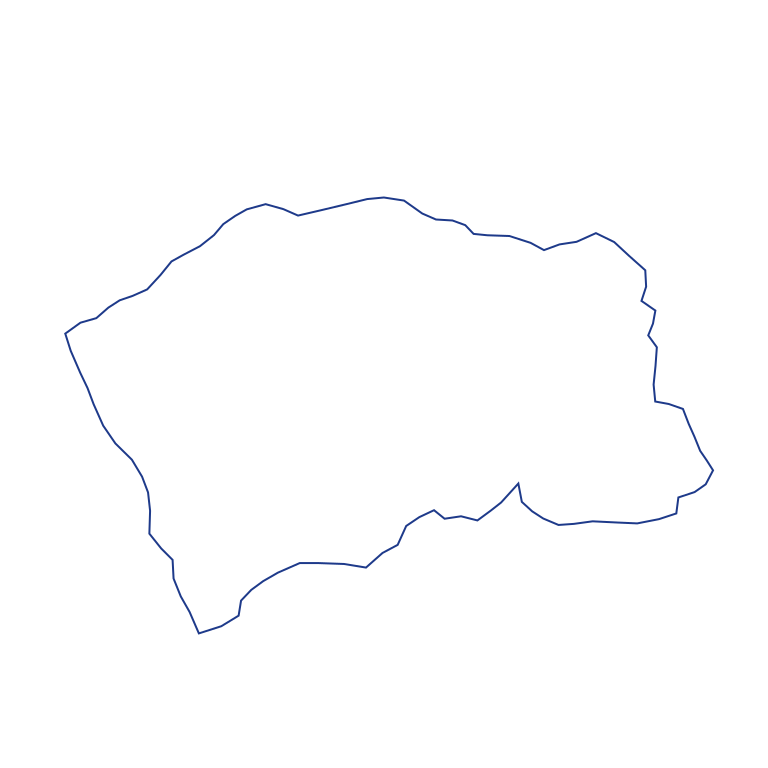 Igarapé, Minas Gerais, Brazil, rotated 74°
{"feature_id": "56859067B24887316666263", "entity_name": "Igarapé", "entity_type": "district", "adm_level": 2, "iso_a3": "BRA", "parent_name": "Brazil", "parent_adm1": "Minas Gerais", "projection": "robinson", "projection_center": [-44.318, -20.058], "detail": "fine", "context": "isolated", "style": "outline", "palette": "blue", "viewbox_px": 768, "rotation_deg": 74, "n_neighbors": 0, "source": "geoboundaries", "source_scale": "gbopen_adm2", "svg_char_len": 1434}
<svg xmlns="http://www.w3.org/2000/svg" viewBox="0 0 768 768"><g transform="rotate(74 384 384)"><path d="M572.7,630.7L572.0,607.2L566.6,587.6L552.8,581.1L545.3,568.3L540.2,554.5L536.1,538.0L532.9,514.3L537.8,497.2L546.0,472.0L555.5,451.9L546.0,432.0L542.4,415.2L526.6,401.8L521.7,386.7L519.1,370.7L530.2,362.9L532.4,346.4L540.9,331.8L535.3,316.7L530.2,304.1L516.7,282.3L535.3,284.0L547.2,276.7L557.2,268.0L567.6,255.1L570.8,240.0L573.5,221.3L581.5,197.8L587.8,179.0L589.7,156.9L589.0,138.7L574.2,132.3L573.5,115.2L569.1,102.4L557.7,91.5L546.5,94.8L535.4,98.5L520.3,100.1L506.2,102.1L490.4,103.5L481.7,115.8L475.6,128.1L458.9,125.0L441.4,118.0L423.9,111.6L410.1,116.6L400.1,108.8L388.2,102.9L375.1,113.6L362.7,105.2L346.7,101.5L328.5,113.0L311.0,123.6L297.4,138.7L300.4,159.7L298.2,176.8L299.4,193.3L288.7,204.2L276.3,222.7L269.5,243.7L264.4,256.5L253.7,262.1L245.7,273.1L240.2,288.7L230.7,300.2L213.2,314.2L204.7,332.7L201.6,349.2L200.8,369.9L199.6,396.7L198.4,420.2L188.2,432.5L178.5,448.2L178.3,467.8L181.4,480.7L186.0,494.4L194.0,506.4L200.8,522.9L204.5,541.1L207.6,554.5L217.6,568.8L227.8,585.6L230.0,601.3L230.7,615.0L234.6,627.9L241.4,642.4L241.4,658.9L247.7,676.5L265.7,676.0L289.5,672.9L306.2,670.1L323.4,668.7L346.7,665.4L367.1,658.6L387.3,647.2L406.4,642.1L423.2,640.7L441.4,643.8L463.2,650.8L480.7,643.5L494.8,635.7L513.0,639.9L532.2,637.9L549.6,633.7L572.7,630.7Z" fill="none" stroke="#1e3a8a" stroke-width="2"/></g></svg>